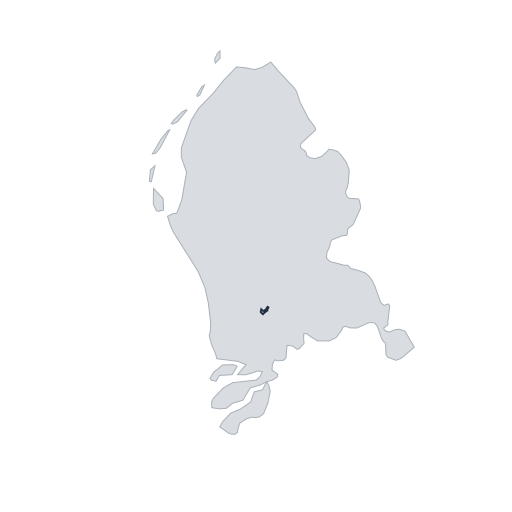 Hardinxveld-Giessendam, Zuid-Holland, Netherlands shown in context, rotated 317°
{"feature_id": "6326949B10391839507344", "entity_name": "Hardinxveld-Giessendam", "entity_type": "district", "adm_level": 2, "iso_a3": "NLD", "parent_name": "Netherlands", "parent_adm1": "Zuid-Holland", "projection": "mercator", "projection_center": [4.846, 51.839], "detail": "fine", "context": "in_parent", "style": "filled", "palette": "slate", "viewbox_px": 512, "rotation_deg": 317, "n_neighbors": 0, "source": "geoboundaries", "source_scale": "gbopen_adm2", "svg_char_len": 4418}
<svg xmlns="http://www.w3.org/2000/svg" viewBox="0 0 512 512"><g transform="rotate(317 256 256)"><path d="M309.6,430.6L302.0,430.3L295.0,430.1L291.2,429.5L287.3,427.7L287.2,427.7L285.4,424.0L283.2,419.6L283.8,416.9L290.4,409.1L291.4,407.0L290.8,405.9L291.4,402.5L296.5,390.9L297.2,386.3L294.9,383.0L291.6,381.1L280.9,377.6L275.8,372.8L273.5,368.5L271.1,367.3L267.6,368.8L258.8,370.3L251.6,368.0L243.1,360.0L241.1,352.8L240.1,347.3L237.9,345.4L235.1,348.2L231.5,352.7L224.3,353.2L222.3,352.2L221.9,349.7L221.5,347.3L219.6,344.4L217.5,342.7L208.4,351.0L205.0,351.0L200.8,347.8L198.7,344.7L194.0,346.5L189.9,350.3L191.3,357.5L189.0,358.9L183.9,358.2L178.1,355.2L171.6,353.4L161.7,348.5L148.0,352.5L138.4,347.7L130.5,347.2L125.5,343.3L120.2,336.8L124.0,332.5L127.6,331.0L142.2,330.2L152.7,332.8L171.7,347.0L176.5,346.9L181.6,345.1L179.0,341.2L174.3,339.4L167.2,335.6L161.6,330.2L174.8,328.5L173.0,325.7L171.2,321.0L157.3,304.4L159.7,300.0L163.2,290.3L167.5,282.3L171.0,280.1L176.8,274.5L189.2,257.7L197.2,244.1L203.1,227.8L211.7,182.8L214.3,175.1L218.4,166.6L223.7,168.2L227.3,170.7L240.2,164.2L262.3,147.4L268.8,132.8L275.2,126.0L300.6,112.8L314.7,108.8L336.3,107.8L352.0,105.4L370.8,104.5L377.9,112.7L382.1,118.7L388.8,122.1L399.1,124.3L398.5,136.2L398.6,159.4L397.8,163.5L393.2,173.3L388.2,190.8L386.9,202.3L385.4,204.5L365.7,204.4L362.9,206.4L362.5,208.9L363.5,211.8L363.1,214.7L361.5,217.1L362.4,220.9L365.8,225.2L372.0,227.9L378.7,228.1L382.1,227.6L384.6,230.7L387.1,235.4L386.9,241.4L385.9,249.3L382.8,256.7L373.7,265.2L369.6,268.1L365.8,269.6L364.0,271.9L363.1,274.7L363.3,277.2L369.8,284.0L369.6,285.5L367.7,289.0L365.2,292.3L348.6,299.2L341.7,298.7L337.7,302.1L336.5,302.7L332.2,299.6L322.4,296.0L318.8,297.2L316.7,299.2L310.6,301.6L306.2,305.4L306.2,310.2L314.0,322.7L316.7,325.2L316.8,329.8L320.6,335.7L324.4,343.0L324.8,347.7L324.4,352.4L322.4,359.0L315.7,374.6L315.6,377.5L316.2,379.8L318.5,380.4L320.2,381.6L319.7,383.7L307.1,394.4L305.5,396.3L300.3,395.8L299.4,397.6L300.2,400.5L302.2,403.0L306.7,404.3L310.6,407.0L313.7,412.4L309.6,430.6ZM178.1,355.2L177.0,359.7L174.1,364.7L164.2,371.8L153.9,376.5L148.6,375.9L145.0,373.5L143.0,370.9L137.5,368.4L130.0,367.2L125.3,369.9L121.9,372.4L119.0,372.0L116.8,369.9L115.1,366.6L112.9,356.3L118.5,354.4L130.7,353.7L140.1,357.3L152.5,359.1L162.0,354.1L169.5,358.3L178.1,355.2ZM157.4,313.0L164.7,319.5L166.3,321.6L166.8,323.9L157.6,326.5L147.8,318.4L141.3,320.3L138.8,316.5L138.8,314.2L145.5,312.1L157.4,313.0ZM227.2,150.6L219.8,159.4L215.3,156.9L214.0,154.9L216.3,148.0L227.2,136.6L227.2,150.6ZM259.9,111.4L252.9,112.4L249.8,110.7L266.5,105.7L277.1,104.2L279.0,104.9L259.9,111.4ZM304.8,102.3L290.1,104.3L285.1,102.8L284.3,101.4L288.3,100.5L300.8,100.3L304.7,101.5L304.8,102.3ZM243.7,121.1L230.0,130.3L228.8,128.8L237.6,120.9L243.7,121.1ZM364.7,86.8L357.8,87.2L359.8,83.9L366.2,81.4L369.6,81.4L364.7,86.8ZM334.9,95.8L324.4,100.1L321.9,99.2L322.5,97.9L331.7,95.3L334.9,95.8Z" fill="#d9dde1" stroke="#a8b0b8" stroke-width="1"/><path d="M227.1,303.7L227.4,303.4L227.5,303.4L227.8,303.2L228.0,303.1L228.5,302.8L228.8,302.7L229.0,302.6L229.3,302.5L229.6,302.4L229.9,302.3L230.0,302.3L230.2,302.2L230.1,301.6L230.1,301.4L230.1,301.2L230.0,300.9L229.8,300.9L229.7,300.9L229.4,301.0L229.2,301.0L228.9,301.0L228.7,301.1L228.4,301.2L228.2,301.2L228.1,301.3L227.9,301.3L227.7,301.4L227.6,301.5L227.4,301.5L227.2,301.6L226.9,301.7L226.8,301.8L226.7,301.8L226.2,301.8L225.8,301.9L225.8,301.7L225.7,301.5L225.4,301.7L225.2,301.7L225.0,301.8L224.9,301.8L224.7,301.8L224.6,301.7L224.4,301.7L224.3,301.8L224.3,301.7L224.2,301.4L224.2,301.2L224.1,300.8L224.0,300.7L224.0,300.4L223.9,300.3L223.9,300.2L223.9,299.9L223.8,299.7L223.8,299.3L223.7,299.2L223.7,298.9L223.6,298.6L223.6,298.4L223.5,298.5L223.3,298.6L223.2,298.6L223.0,298.8L222.9,298.8L222.7,299.0L222.4,299.2L222.3,299.3L222.2,299.3L222.1,299.5L221.9,299.5L221.7,299.7L221.5,299.8L221.4,299.8L221.3,300.0L221.2,300.0L221.0,300.3L221.0,300.5L221.0,300.8L221.0,301.0L221.1,301.3L221.1,301.5L221.1,301.8L221.1,302.1L221.1,302.3L221.1,302.5L221.1,302.8L221.1,303.1L221.4,303.1L221.6,303.2L221.6,303.5L222.0,303.4L222.3,303.4L222.6,303.4L222.8,303.4L223.1,303.4L223.4,303.4L223.7,303.4L223.8,303.4L224.0,303.4L224.3,303.4L224.6,303.5L224.9,303.5L225.0,303.5L225.4,303.5L225.5,303.5L225.8,303.6L226.0,303.6L226.3,303.6L226.5,303.6L226.8,303.5L227.0,303.5L227.1,303.7Z" fill="#64748b" stroke="#1e293b" stroke-width="1.5"/></g></svg>